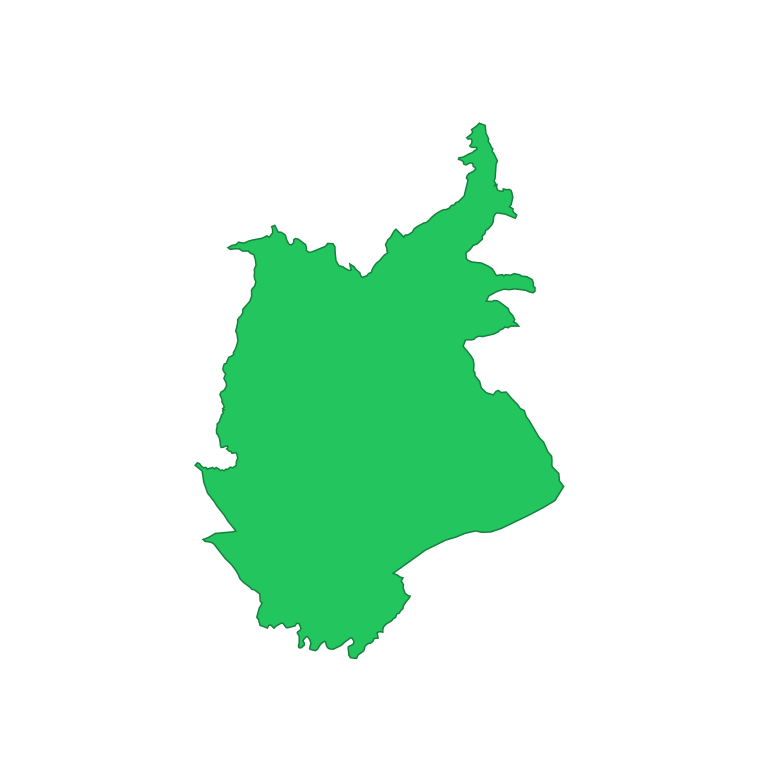 Mohlakeng, Maseru, Lesotho, rotated 217°
{"feature_id": "5366337B47747757162469", "entity_name": "Mohlakeng", "entity_type": "district", "adm_level": 2, "iso_a3": "LSO", "parent_name": "Lesotho", "parent_adm1": "Maseru", "projection": "robinson", "projection_center": [27.612, -29.479], "detail": "fine", "context": "isolated", "style": "filled", "palette": "green", "viewbox_px": 768, "rotation_deg": 217, "n_neighbors": 0, "source": "geoboundaries", "source_scale": "gbopen_adm2", "svg_char_len": 6171}
<svg xmlns="http://www.w3.org/2000/svg" viewBox="0 0 768 768"><g transform="rotate(217 384 384)"><path d="M590.7,399.0L587.8,399.0L583.9,402.7L581.0,404.7L577.1,405.0L572.5,408.4L569.1,408.1L565.7,408.9L561.8,406.1L557.7,401.9L556.5,397.3L554.8,395.6L552.9,392.4L550.9,390.4L547.8,388.4L546.1,384.2L546.5,381.4L546.3,379.2L542.5,374.4L540.9,369.1L541.7,358.8L539.7,355.9L539.2,352.4L539.7,349.9L539.6,347.5L537.4,344.2L534.1,336.7L531.8,335.7L526.6,330.5L524.2,324.3L523.5,321.4L523.3,318.6L521.9,317.0L522.5,314.7L524.0,312.0L522.5,305.6L523.5,303.8L523.1,301.9L521.4,298.6L519.3,297.5L516.4,296.6L515.3,292.1L511.0,290.1L508.7,287.8L508.1,284.6L508.1,282.3L509.3,279.3L508.6,276.7L504.1,274.2L502.5,272.0L500.3,271.1L497.7,269.5L498.0,267.0L496.1,267.2L496.7,265.4L494.9,264.2L495.1,261.7L492.8,254.4L493.2,251.7L491.5,249.4L490.3,246.6L487.8,243.6L486.1,243.6L484.9,242.6L483.1,241.9L480.0,239.0L479.4,238.8L479.0,237.8L477.7,236.5L475.9,235.3L474.2,236.8L473.6,238.2L471.7,240.3L470.8,239.9L470.4,239.1L470.6,237.4L467.3,237.2L465.4,237.9L463.9,237.2L463.0,237.7L461.7,239.5L460.5,239.9L459.4,239.5L456.3,236.9L455.1,232.9L453.1,230.2L454.2,226.3L456.8,225.0L457.5,221.5L459.0,221.0L459.4,218.5L461.4,218.1L462.5,216.5L465.2,216.7L467.8,216.3L468.2,214.2L470.7,214.2L473.9,209.8L476.0,210.3L477.7,208.5L481.0,208.5L483.3,209.4L485.6,208.8L485.9,205.4L476.9,205.1L468.8,197.1L459.2,190.7L449.4,188.1L443.5,185.9L432.3,183.0L426.6,180.7L413.8,177.5L415.7,175.0L428.8,163.1L432.0,155.4L435.0,150.9L432.3,150.6L428.2,152.9L425.5,153.8L423.3,153.8L405.6,149.0L397.2,148.0L390.4,146.1L385.5,144.0L381.8,141.8L376.8,141.0L368.0,141.0L366.1,140.4L363.7,141.6L356.9,141.6L352.0,135.9L349.8,135.9L349.0,133.0L348.9,130.3L345.2,121.1L342.7,120.5L337.6,116.6L335.2,117.6L330.3,118.8L330.8,121.9L330.0,123.0L328.8,123.3L324.9,122.8L324.4,126.2L322.0,131.4L320.2,132.0L315.9,130.6L314.5,131.0L309.5,137.2L309.7,139.4L309.4,140.6L307.7,141.5L304.3,139.6L303.1,138.4L302.7,137.3L303.8,134.1L303.5,133.0L299.9,131.5L295.8,126.1L295.0,123.8L294.1,122.7L293.4,122.3L292.3,122.6L291.3,123.7L290.5,127.5L291.3,128.8L294.4,130.4L294.2,134.5L293.4,136.1L292.0,136.0L289.5,135.1L287.1,133.6L286.0,132.1L284.1,127.8L283.1,127.7L278.5,129.6L277.5,131.8L278.0,137.2L277.7,139.8L276.7,142.6L275.6,142.8L272.0,140.1L269.5,139.4L268.2,139.6L264.8,141.8L260.9,149.5L259.8,155.0L258.4,159.7L257.8,161.1L256.7,161.9L253.8,160.7L252.1,158.9L252.6,156.1L254.0,153.7L254.3,152.5L253.6,151.4L248.8,146.3L246.1,145.2L241.1,148.1L240.8,148.8L241.7,151.9L239.6,158.5L240.3,161.0L241.3,162.7L241.0,165.6L240.0,167.8L238.7,168.9L238.0,171.9L238.7,174.8L235.8,177.5L239.8,181.3L238.5,183.6L235.6,185.1L237.1,187.0L238.2,189.8L237.8,193.6L235.4,199.5L235.4,202.1L234.3,204.4L235.4,208.0L233.9,210.3L234.3,213.4L233.7,216.0L235.0,218.5L235.4,223.5L235.0,227.7L235.4,230.3L237.8,229.5L241.1,229.5L246.3,232.9L247.6,235.4L251.6,237.0L252.2,240.6L255.0,239.5L258.1,239.5L262.8,238.3L250.9,276.5L240.6,296.7L234.5,304.9L229.5,313.4L222.4,321.8L216.7,324.4L209.5,330.3L203.4,339.3L189.9,365.4L182.5,381.1L177.3,393.9L178.8,410.3L185.4,412.1L190.6,417.7L199.3,419.0L201.0,420.0L203.9,424.1L206.7,427.2L212.4,428.5L221.5,433.6L228.0,434.6L245.9,442.1L250.9,443.6L255.9,447.2L260.3,446.4L265.1,448.0L273.8,449.3L281.6,451.1L285.3,447.7L288.8,447.7L290.1,445.5L290.1,441.1L297.0,438.6L303.9,439.4L309.2,443.6L316.1,445.3L318.2,447.7L320.5,448.5L323.8,453.7L327.4,457.1L331.6,458.8L343.5,461.8L345.4,468.2L342.9,470.4L340.9,471.7L339.1,473.6L338.7,476.6L336.8,479.5L333.7,481.3L326.3,490.1L324.2,494.3L323.8,497.3L322.3,499.3L321.7,502.2L318.6,503.7L317.8,506.4L311.2,511.3L314.8,512.1L317.9,511.4L318.4,514.1L322.4,516.1L327.1,517.0L330.3,519.0L340.4,519.0L344.0,518.5L346.4,516.8L347.7,514.6L352.2,511.7L353.3,517.5L349.6,525.6L345.4,531.8L340.6,534.8L337.0,538.5L327.4,544.1L323.5,545.0L319.9,546.5L319.2,548.8L321.3,551.8L323.6,552.0L325.5,554.7L328.6,556.5L334.5,555.7L338.8,553.1L341.6,552.8L346.5,550.5L348.3,547.1L352.8,544.4L353.2,542.4L355.3,542.6L359.6,538.2L366.7,541.2L371.3,540.9L378.9,539.3L387.4,534.2L391.6,533.3L393.9,533.8L397.5,538.2L396.2,542.6L396.2,548.3L393.9,551.8L392.6,558.8L394.6,561.4L393.9,564.6L395.2,567.8L394.1,570.5L393.7,576.1L394.4,579.4L397.1,583.7L397.4,586.4L397.1,588.5L389.3,592.7L378.9,595.4L379.7,598.9L383.7,599.1L385.3,599.7L386.4,601.6L390.4,601.1L390.4,603.9L393.5,610.7L397.5,614.1L399.2,615.1L401.5,614.6L402.5,613.2L406.2,611.6L405.0,609.6L407.2,608.0L409.8,607.2L412.4,608.7L413.8,611.2L414.9,609.1L415.5,611.4L418.1,612.2L419.3,615.6L426.8,627.0L427.6,630.4L435.4,634.4L437.3,634.6L438.7,637.3L440.6,637.6L442.9,639.0L446.7,640.5L447.9,642.7L453.6,645.7L458.8,651.4L464.9,649.6L465.3,645.7L467.2,639.8L464.7,638.5L464.7,635.6L466.2,630.4L464.3,630.2L462.0,632.1L460.1,631.4L458.8,628.7L458.8,625.7L456.5,625.7L452.3,628.7L451.1,627.2L452.3,624.5L452.7,621.8L454.4,619.3L456.7,614.1L458.2,611.7L460.3,609.9L459.7,608.2L457.1,609.2L454.1,609.3L453.0,607.7L450.4,608.2L448.4,612.4L446.0,613.6L443.5,611.4L441.7,611.9L440.2,610.7L440.4,608.0L442.9,603.0L442.9,600.1L442.1,598.1L439.6,597.4L433.1,582.3L434.3,574.2L435.8,572.2L435.8,569.3L437.7,566.8L437.7,563.9L439.1,561.1L441.4,558.9L443.5,555.0L445.2,550.5L446.3,545.4L446.5,542.4L447.5,538.2L449.0,536.7L452.3,529.6L453.3,526.1L452.8,522.4L454.6,517.5L456.7,515.8L456.5,513.3L467.6,514.8L468.0,512.1L467.0,504.9L467.7,501.7L466.6,496.1L463.2,494.0L461.8,492.1L460.0,491.1L461.3,487.2L461.8,479.8L462.8,475.8L462.8,471.4L462.2,468.0L461.3,465.7L462.8,462.8L462.8,460.6L464.1,458.1L465.5,456.1L467.8,456.4L470.3,458.3L475.4,458.6L478.3,459.6L483.5,459.3L481.0,456.9L478.7,455.4L480.2,453.7L484.4,452.9L487.3,452.9L491.3,451.3L496.6,453.6L503.1,460.7L505.8,464.1L509.2,465.3L513.6,462.4L513.6,458.7L521.3,445.8L523.5,443.8L526.7,444.1L527.6,445.8L530.5,448.1L539.5,448.1L542.2,447.0L542.9,445.0L541.2,442.4L541.7,439.3L543.9,438.4L547.8,440.1L552.6,443.6L557.5,443.3L559.9,441.6L566.7,445.0L568.4,442.1L566.0,440.4L563.9,437.6L564.0,432.1L566.7,431.9L569.1,427.0L575.9,419.6L578.3,416.4L580.5,412.4L582.7,411.0L585.4,409.9L586.1,406.1L588.8,403.3L590.7,399.0Z" fill="#22c55e" stroke="#15803d" stroke-width="1.5"/></g></svg>